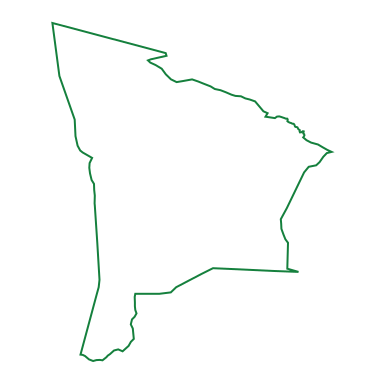 outline of San Juan Diuxi, Oaxaca, Mexico
{"feature_id": "50627088B33658307136854", "entity_name": "San Juan Diuxi", "entity_type": "district", "adm_level": 2, "iso_a3": "MEX", "parent_name": "Mexico", "parent_adm1": "Oaxaca", "projection": "albers", "projection_center": [-97.381, 17.274], "detail": "fine", "context": "isolated", "style": "outline", "palette": "green", "viewbox_px": 384, "rotation_deg": 0, "n_neighbors": 0, "source": "geoboundaries", "source_scale": "gbopen_adm2", "svg_char_len": 1777}
<svg xmlns="http://www.w3.org/2000/svg" viewBox="0 0 384 384"><path d="M74.7,119.6L75.5,136.2L77.6,145.7L80.2,150.5L82.7,152.5L92.1,157.9L89.6,163.1L89.3,167.8L90.0,173.3L91.6,180.0L94.0,183.9L94.2,190.0L94.8,195.6L94.6,203.5L94.8,205.4L97.3,243.0L99.5,279.8L98.7,287.2L96.9,293.7L80.5,354.6L82.7,354.9L85.0,356.0L89.0,359.4L93.1,361.0L96.4,360.1L99.8,359.9L102.5,360.3L106.3,357.3L107.8,355.6L110.0,354.1L114.0,350.5L118.2,349.4L122.6,351.3L128.6,345.9L130.9,341.8L133.8,338.9L132.8,328.5L130.8,324.4L132.0,319.4L134.6,316.8L136.5,313.4L135.3,310.0L134.9,306.3L134.9,302.5L134.7,296.9L135.3,293.8L159.3,293.8L170.8,292.4L176.2,287.2L188.2,280.9L201.2,274.1L213.0,268.2L238.1,269.3L274.4,271.0L298.5,271.9L287.3,268.7L288.0,242.8L285.4,239.3L283.5,234.6L281.4,228.8L281.2,223.9L280.8,219.2L286.9,208.0L304.1,172.4L308.7,166.8L316.2,165.3L319.6,162.1L323.3,156.8L326.8,153.1L331.6,151.9L327.3,149.9L322.9,147.4L318.0,144.5L311.1,142.6L306.5,140.2L303.2,137.4L303.7,136.7L304.4,135.5L304.2,134.2L303.3,133.5L303.5,132.3L303.7,131.4L302.9,131.2L301.2,132.3L300.0,132.4L299.6,131.4L299.8,130.2L298.4,129.2L297.4,127.3L296.3,127.0L295.5,126.9L295.0,126.5L294.3,124.5L293.6,123.8L292.3,123.7L291.3,123.1L290.2,122.8L289.0,122.3L288.1,121.8L287.5,121.2L287.4,121.1L287.6,120.8L287.7,119.5L287.3,118.7L285.6,118.6L284.3,118.0L283.6,117.8L280.7,116.8L279.2,116.4L277.0,116.6L274.9,118.1L265.5,116.7L267.6,113.2L263.4,111.3L259.4,106.5L255.1,101.4L249.7,99.5L245.3,98.4L241.0,96.3L235.4,95.9L231.5,94.7L225.7,92.2L220.5,90.2L214.8,89.0L210.6,86.4L202.9,83.4L198.2,81.5L192.1,79.4L182.6,81.1L176.6,82.1L170.9,79.3L165.8,74.3L161.7,68.7L155.5,65.0L150.3,62.6L148.0,60.4L150.9,59.3L166.5,55.8L165.7,53.1L52.4,23.0L59.4,76.0L74.7,119.6Z" fill="none" stroke="#15803d" stroke-width="2"/></svg>